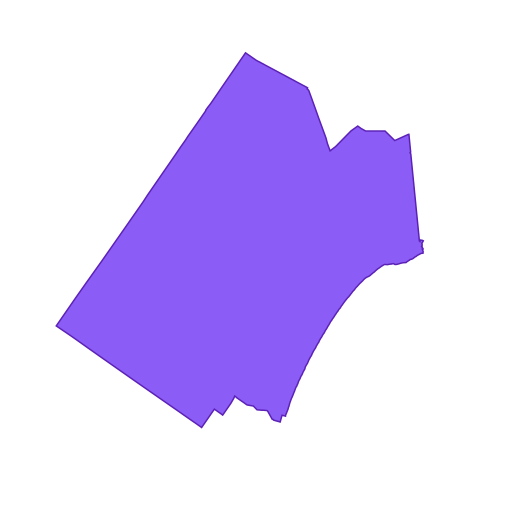 Frankston, Victoria, Australia (orthographic projection), rotated 206°
{"feature_id": "25037944B48660808239770", "entity_name": "Frankston", "entity_type": "district", "adm_level": 2, "iso_a3": "AUS", "parent_name": "Australia", "parent_adm1": "Victoria", "projection": "orthographic", "projection_center": [145.129, -38.134], "detail": "fine", "context": "isolated", "style": "filled", "palette": "violet", "viewbox_px": 512, "rotation_deg": 206, "n_neighbors": 0, "source": "geoboundaries", "source_scale": "gbopen_adm2", "svg_char_len": 5740}
<svg xmlns="http://www.w3.org/2000/svg" viewBox="0 0 512 512"><g transform="rotate(206 256 256)"><path d="M404.9,105.6L387.5,103.1L380.0,101.9L366.8,99.7L348.2,96.7L328.2,93.5L310.6,90.7L283.1,86.4L254.7,82.0L252.4,81.6L232.5,78.5L229.7,78.0L226.3,100.1L218.8,98.9L216.2,98.4L214.0,112.6L213.6,118.3L213.7,120.8L212.6,120.6L211.8,120.4L211.4,120.2L204.4,119.1L203.5,119.0L203.0,118.9L198.8,118.2L192.6,120.0L187.7,118.2L183.0,120.0L182.1,120.5L181.5,120.7L179.2,121.6L178.2,121.9L177.4,121.6L171.8,117.7L170.2,116.5L169.6,116.4L169.4,116.4L169.0,116.6L168.1,116.2L161.5,117.4L162.8,124.3L159.3,125.0L159.5,125.5L159.6,126.0L159.7,126.6L159.7,127.8L159.8,128.9L159.9,129.5L159.9,130.0L160.0,131.2L160.0,131.8L160.1,132.4L160.2,132.9L160.3,133.4L160.4,134.0L160.5,134.5L160.5,135.1L160.6,135.6L160.7,136.1L160.8,136.6L160.9,137.2L161.1,138.2L161.2,138.7L161.3,139.5L161.3,139.9L161.4,140.4L161.4,141.0L161.5,141.6L161.6,142.1L161.6,142.7L161.7,143.2L161.7,143.8L161.7,144.4L161.7,145.0L161.7,145.6L161.8,146.2L161.8,146.8L161.9,148.0L162.0,149.2L162.1,150.3L162.1,150.9L162.1,151.5L162.3,152.6L162.4,153.7L162.5,154.7L162.5,154.9L162.5,155.5L162.5,156.1L162.4,156.6L162.3,157.1L162.4,157.7L162.5,158.2L162.5,158.8L162.4,159.4L162.5,160.0L162.7,161.1L162.7,161.6L162.8,162.2L162.8,162.8L162.8,163.4L162.7,163.9L162.7,164.5L162.7,165.1L162.7,165.5L162.8,166.1L162.8,166.7L162.9,167.3L162.8,167.9L162.8,168.4L162.7,168.9L162.6,169.5L162.7,170.1L162.7,170.7L162.7,171.3L162.8,171.8L162.8,172.4L162.8,173.0L162.7,173.5L162.7,174.1L162.7,174.7L162.6,175.2L162.6,175.8L162.8,176.9L163.0,177.4L163.0,178.0L163.0,178.6L163.0,179.1L163.0,179.7L162.9,180.3L162.9,180.8L162.8,181.3L162.7,181.9L162.8,183.1L162.8,183.7L162.8,184.2L162.9,184.8L162.9,185.3L162.9,185.9L162.9,186.5L162.9,187.1L162.8,187.6L162.8,188.1L162.8,188.7L162.8,189.2L162.7,189.8L162.6,190.3L162.5,190.8L162.6,191.3L162.7,191.9L162.6,192.4L162.7,192.9L162.7,193.5L162.6,194.1L162.7,195.0L162.6,195.5L162.6,196.1L162.6,196.6L162.4,197.7L162.4,198.2L162.3,198.7L162.2,199.3L162.2,199.8L162.2,200.5L162.3,201.0L162.3,201.6L162.2,202.1L162.2,202.7L162.1,203.2L162.1,203.8L162.1,204.4L162.0,205.0L161.9,205.4L161.8,205.9L161.8,206.4L161.9,207.0L161.9,207.6L161.9,208.7L161.8,209.3L161.8,210.4L161.7,210.9L161.5,211.4L161.5,211.9L161.5,212.5L161.5,213.1L161.4,213.6L161.5,214.2L161.2,215.8L161.0,216.8L161.0,217.4L161.0,218.6L161.0,219.2L161.0,219.7L160.9,220.2L160.8,220.7L160.7,221.3L160.7,221.8L160.6,222.4L160.6,222.9L160.6,223.5L160.6,224.1L160.5,224.6L160.5,225.2L160.4,225.7L160.3,226.1L160.3,226.7L160.3,227.1L160.3,227.6L160.2,228.1L160.2,228.7L160.2,229.5L160.1,230.0L159.8,231.4L159.7,232.9L159.6,233.6L159.4,234.3L159.3,235.1L159.1,236.7L159.0,237.9L158.7,239.4L158.7,239.9L158.7,240.3L158.5,241.1L158.2,242.4L158.2,243.2L158.1,244.3L157.8,245.3L157.7,245.5L157.5,246.3L157.4,247.8L157.4,248.5L157.1,249.4L156.8,251.5L156.6,252.6L156.3,254.3L156.1,255.1L155.9,256.1L155.8,256.6L155.6,257.4L155.4,258.3L155.1,259.3L154.8,259.9L154.6,261.0L154.3,262.3L154.0,264.0L153.8,264.7L153.6,266.2L153.6,266.4L153.4,266.7L153.4,267.0L153.2,267.5L153.0,268.2L152.7,268.8L152.7,269.1L152.6,269.9L152.5,270.5L152.3,271.4L152.0,272.3L151.7,273.1L151.3,274.7L150.6,277.0L150.3,277.7L149.6,279.6L149.2,280.7L148.8,282.3L148.5,282.9L148.3,283.4L147.6,284.8L146.9,285.8L145.6,287.3L144.6,289.2L144.4,290.0L143.7,291.3L143.3,292.4L142.6,293.6L142.5,293.9L142.3,294.5L142.1,295.1L141.7,296.0L141.5,296.5L141.2,297.2L141.0,297.7L140.9,297.9L140.5,298.4L140.3,298.8L140.1,299.2L139.6,300.1L138.9,301.5L138.5,302.2L137.9,303.0L137.6,303.7L137.2,304.3L136.6,304.8L135.2,305.4L134.5,305.7L134.1,305.9L133.8,306.0L133.6,306.2L132.6,307.0L131.4,307.8L131.1,307.9L131.0,308.0L130.8,308.1L130.8,308.3L130.7,308.4L130.4,308.5L129.9,308.8L129.6,309.0L129.4,309.1L129.3,309.3L128.6,309.4L127.7,309.3L127.3,309.3L126.1,310.0L125.6,310.3L125.0,310.9L124.8,311.0L124.5,311.3L124.0,311.7L122.9,312.8L122.2,313.4L121.9,313.6L120.7,314.5L119.8,315.0L118.4,315.8L118.2,316.0L118.1,316.3L117.8,317.0L117.5,317.5L116.3,319.5L116.2,319.6L116.2,319.9L116.0,320.3L115.3,320.9L115.0,321.1L114.5,321.6L114.0,322.2L113.7,322.7L113.4,323.3L112.8,324.6L112.5,325.1L112.3,325.3L112.1,325.5L111.3,327.2L110.9,327.8L110.3,328.5L110.2,328.7L109.8,329.3L108.8,330.6L107.7,331.5L107.4,331.5L107.1,331.8L107.3,332.1L107.4,332.3L107.5,332.7L107.6,333.1L107.8,333.3L108.0,333.6L108.3,333.8L108.7,334.2L108.8,334.4L108.9,334.5L109.0,334.6L108.9,334.6L108.9,334.8L108.8,335.0L108.9,335.3L108.9,335.5L109.0,335.7L109.1,335.8L109.3,336.0L109.5,336.1L109.9,336.3L110.0,336.3L110.3,336.4L110.4,336.6L110.5,336.8L110.7,337.0L111.0,337.1L111.3,337.1L111.3,337.3L111.2,337.4L111.1,337.5L111.1,337.8L111.1,338.0L111.5,338.2L111.6,338.4L111.7,338.5L111.7,338.9L111.7,339.1L111.8,339.4L111.9,339.5L112.1,339.7L112.3,339.9L112.4,340.0L112.5,340.1L112.4,340.2L112.4,340.3L112.4,340.5L112.4,340.8L112.4,341.0L112.4,341.3L112.3,341.5L112.3,341.9L112.4,342.1L112.3,342.4L112.3,343.0L113.3,343.0L115.1,342.5L115.1,341.7L115.0,340.9L115.8,341.2L118.3,345.3L135.5,373.2L161.2,414.9L161.6,415.6L162.8,416.3L162.5,417.1L171.9,432.4L172.3,432.2L181.9,420.6L194.8,424.9L212.3,416.4L212.5,416.4L217.6,416.7L219.2,417.0L221.5,417.4L224.6,411.7L225.5,410.0L232.4,389.3L235.5,383.0L241.2,388.5L244.8,392.7L253.0,400.6L260.3,407.6L267.2,414.4L278.1,425.0L279.4,426.2L281.0,427.8L282.0,428.3L283.4,428.6L283.3,429.7L283.7,429.8L314.6,431.0L341.6,432.0L354.5,434.0L358.1,409.9L360.8,392.0L361.7,385.7L363.6,372.9L364.1,370.5L364.6,368.2L365.1,365.0L364.9,364.1L367.2,349.2L369.7,333.5L370.1,329.8L371.7,319.9L372.8,312.1L380.3,262.6L381.1,255.9L386.2,223.2L392.4,183.9L396.7,158.2L399.7,139.6L404.9,105.6Z" fill="#8b5cf6" stroke="#5b21b6" stroke-width="1.5"/></g></svg>